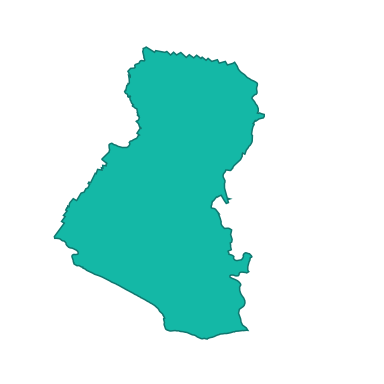 the district of Ursulo Galván, Veracruz, Mexico, rotated 115°
{"feature_id": "50627088B70821360053618", "entity_name": "Ursulo Galván", "entity_type": "district", "adm_level": 2, "iso_a3": "MEX", "parent_name": "Mexico", "parent_adm1": "Veracruz", "projection": "equal_earth", "projection_center": [-96.381, 19.446], "detail": "fine", "context": "isolated", "style": "filled", "palette": "teal", "viewbox_px": 384, "rotation_deg": 115, "n_neighbors": 0, "source": "geoboundaries", "source_scale": "gbopen_adm2", "svg_char_len": 6064}
<svg xmlns="http://www.w3.org/2000/svg" viewBox="0 0 384 384"><g transform="rotate(115 192 192)"><path d="M56.4,208.2L58.1,209.3L61.9,213.6L59.6,217.0L63.7,221.8L61.4,224.9L65.3,229.3L64.1,233.9L66.7,234.9L65.5,239.8L67.2,240.3L66.1,245.6L69.7,247.1L68.7,252.5L72.5,254.1L70.3,261.1L74.3,263.9L73.1,267.8L76.9,269.3L75.3,274.2L76.9,275.6L79.2,284.6L81.2,285.0L80.0,294.8L81.3,295.6L82.6,296.9L83.5,296.3L85.5,296.0L89.6,292.8L90.7,292.3L91.6,291.2L92.6,290.5L93.2,290.6L93.8,291.7L94.1,293.2L95.0,294.2L96.5,294.5L97.1,294.3L97.8,294.6L100.4,297.2L101.5,297.4L103.1,296.2L104.1,296.7L105.9,299.9L109.7,301.1L110.1,300.7L110.4,299.8L111.5,299.1L111.7,298.2L112.8,297.0L113.8,296.6L113.3,298.6L114.0,298.1L116.1,296.7L119.6,294.9L120.4,295.0L120.7,295.8L121.1,295.7L121.1,295.4L122.4,295.6L123.0,296.1L127.9,294.9L128.0,295.4L129.5,295.5L130.6,293.9L130.7,291.9L131.4,291.2L132.7,290.5L132.8,289.5L131.7,289.3L131.2,288.5L131.4,288.2L132.4,288.4L134.2,287.3L135.1,286.4L135.4,285.6L136.0,285.3L136.9,284.3L137.8,282.0L138.5,282.5L139.2,282.4L139.4,282.0L139.4,280.8L139.9,279.4L140.0,278.5L139.9,277.2L142.3,275.4L143.0,275.4L143.3,275.0L143.4,274.4L144.5,274.3L144.8,274.0L144.7,273.8L144.9,273.3L145.6,273.6L145.7,272.7L145.7,272.1L146.2,272.2L146.8,271.1L149.0,270.9L149.4,271.1L149.9,271.0L150.3,271.4L150.5,271.8L151.5,272.4L152.7,269.3L155.3,266.9L155.1,266.5L155.3,265.7L155.9,265.2L156.2,265.9L162.0,266.7L162.6,263.8L163.5,264.5L166.2,264.7L167.4,265.3L167.5,265.6L169.6,267.3L171.0,268.1L172.0,269.4L173.7,269.8L174.4,268.8L175.4,268.5L176.5,268.6L178.5,269.3L179.1,269.8L181.1,273.9L181.9,278.5L181.7,280.7L182.1,282.9L181.7,284.8L181.9,285.6L183.3,286.8L184.0,287.1L184.3,286.9L184.6,287.0L187.0,285.7L188.7,284.4L190.1,284.3L190.7,284.0L200.0,287.5L200.6,287.3L201.7,282.8L201.6,282.1L202.0,281.3L202.4,281.2L203.0,281.6L204.5,280.9L205.6,284.2L208.0,282.8L208.3,284.3L210.2,282.9L211.4,287.1L215.9,286.6L215.9,287.6L226.4,287.8L226.6,289.6L228.3,289.7L228.5,288.0L232.2,288.1L234.0,289.6L237.7,289.7L239.7,291.9L240.1,292.1L248.3,292.9L248.6,293.1L248.2,296.8L252.7,298.0L254.0,298.2L257.3,297.3L257.2,298.7L259.0,298.2L259.2,298.7L261.7,298.8L262.0,297.2L267.6,298.6L267.8,296.6L273.8,297.8L274.2,294.6L290.6,297.9L292.0,296.8L291.2,295.1L290.3,292.4L290.4,291.2L290.9,289.5L290.9,288.5L290.5,287.3L290.8,286.1L291.5,284.6L292.6,284.0L293.3,282.9L294.2,280.4L294.1,278.8L293.5,276.7L293.5,275.2L293.6,272.2L294.1,270.5L295.0,269.6L295.7,269.2L296.4,269.2L297.0,269.7L297.9,271.1L298.5,272.7L299.1,273.3L300.1,273.8L301.1,273.6L302.0,272.9L304.0,270.9L305.6,269.9L306.1,269.0L306.5,269.0L307.1,268.4L307.4,265.1L306.4,263.2L306.7,260.5L306.3,259.1L307.0,258.8L307.0,255.8L307.5,254.6L307.5,248.8L307.4,248.8L307.7,245.5L307.2,241.3L307.0,237.4L307.3,229.1L307.6,226.9L307.4,222.1L307.6,220.6L307.5,219.9L308.0,213.7L307.9,213.3L308.1,212.4L308.3,209.4L308.6,202.7L308.9,200.6L308.8,198.7L309.1,196.6L309.1,194.4L309.4,193.7L309.3,193.2L309.5,188.9L309.9,185.9L309.8,185.1L310.2,182.4L310.1,181.8L310.7,177.5L310.9,177.2L311.1,176.2L311.4,175.7L311.8,173.9L312.6,172.4L313.3,171.6L313.8,170.8L314.9,167.3L315.9,165.8L316.1,165.9L317.0,164.4L317.9,163.5L318.2,164.0L318.7,164.2L319.4,163.7L319.8,163.7L320.4,162.9L321.1,162.5L321.9,161.8L323.3,161.5L324.1,161.1L327.2,158.1L327.5,157.3L327.6,156.4L327.3,153.5L327.0,152.6L324.7,148.8L324.3,147.1L323.5,145.6L323.3,143.6L322.4,141.2L322.0,139.2L321.4,137.0L321.3,131.5L320.7,129.3L320.7,128.1L321.1,125.9L321.0,121.7L320.7,120.6L320.0,119.8L319.3,118.7L319.3,117.9L318.8,116.0L318.1,115.8L316.6,114.4L315.0,112.2L313.2,110.4L312.0,109.6L311.6,109.0L310.8,108.5L310.0,107.3L309.3,106.9L308.5,105.9L307.5,104.1L306.5,102.7L305.7,100.9L303.1,97.4L301.1,95.3L300.9,94.5L299.7,93.5L298.4,91.1L296.1,87.5L295.9,86.8L294.2,84.0L293.8,82.9L292.2,85.4L291.3,89.9L289.1,92.6L286.5,94.3L282.2,98.6L278.3,99.5L274.0,97.1L272.5,96.8L270.2,97.1L268.2,98.2L266.2,100.4L264.8,103.0L263.4,105.0L261.0,107.2L258.0,108.7L255.6,108.5L254.7,109.3L253.8,111.1L253.2,113.2L253.1,116.0L253.3,119.4L253.1,121.5L252.5,122.0L251.7,122.2L250.8,121.6L249.8,119.4L249.6,117.1L249.1,115.9L248.3,114.7L247.1,114.4L246.1,114.8L245.0,114.7L243.9,113.7L243.3,112.4L242.3,109.3L242.2,108.2L241.2,107.5L240.2,106.9L239.7,107.9L239.1,108.5L236.3,109.8L235.6,110.0L231.0,110.8L229.6,110.7L227.0,111.4L225.8,110.4L225.2,110.5L224.7,111.3L223.7,113.8L224.1,115.5L224.1,116.6L224.6,118.0L226.1,118.8L227.3,118.9L228.0,118.7L228.5,118.2L229.8,118.0L232.5,118.5L235.2,122.3L235.6,123.9L235.1,125.6L234.5,126.4L232.8,126.8L232.4,128.2L232.4,129.6L232.8,132.2L231.7,132.8L231.2,133.6L230.6,134.2L230.0,134.2L229.1,133.1L227.7,132.0L225.3,133.9L224.1,134.4L222.0,135.8L220.7,134.9L219.6,135.1L218.0,135.6L214.3,139.0L210.5,139.8L209.6,140.1L209.3,142.6L209.4,143.4L209.6,144.1L211.3,147.2L209.9,150.6L208.8,151.9L207.9,152.6L206.8,152.9L204.1,155.2L200.5,158.8L200.3,158.3L197.7,163.4L197.6,165.0L198.1,166.6L198.1,167.9L196.5,168.7L195.1,168.7L194.1,169.1L192.1,169.5L192.1,169.4L190.4,168.7L186.2,167.7L186.1,167.1L185.5,166.5L184.9,166.3L182.6,164.2L186.0,159.3L187.9,156.1L186.2,154.5L183.9,156.5L182.2,154.7L182.7,157.4L174.7,164.2L170.5,166.2L169.6,166.2L167.9,166.8L165.2,170.1L164.0,170.8L162.1,171.1L159.5,170.4L157.9,170.7L157.3,169.6L156.4,166.5L156.0,166.0L153.2,165.2L153.1,165.4L150.5,165.1L142.2,161.7L138.3,161.6L137.4,162.2L135.4,162.6L135.4,160.1L135.2,160.1L131.1,160.5L128.1,159.8L126.6,159.8L125.1,159.1L122.9,158.8L121.2,158.8L120.1,159.1L115.3,161.1L115.3,161.3L114.4,162.5L109.6,163.9L107.0,164.4L104.7,164.2L104.2,164.4L104.2,165.5L100.5,164.9L100.8,164.1L97.4,162.1L94.6,158.6L92.9,158.5L91.2,159.3L91.7,162.2L91.8,164.2L92.6,164.9L92.8,166.1L90.7,166.1L88.3,167.3L86.2,169.5L85.3,171.4L83.7,173.5L81.9,177.2L80.6,177.5L78.3,176.7L77.1,176.1L76.4,175.2L75.1,174.9L73.9,175.3L71.3,177.1L69.5,177.7L68.0,177.8L66.6,178.3L65.9,178.8L65.5,180.4L65.3,182.6L65.4,186.0L65.0,187.8L65.0,189.1L64.8,190.6L63.5,193.9L62.8,197.9L62.3,199.4L61.1,201.9L58.9,204.2L56.4,208.2Z" fill="#14b8a6" stroke="#0f766e" stroke-width="1.5"/></g></svg>